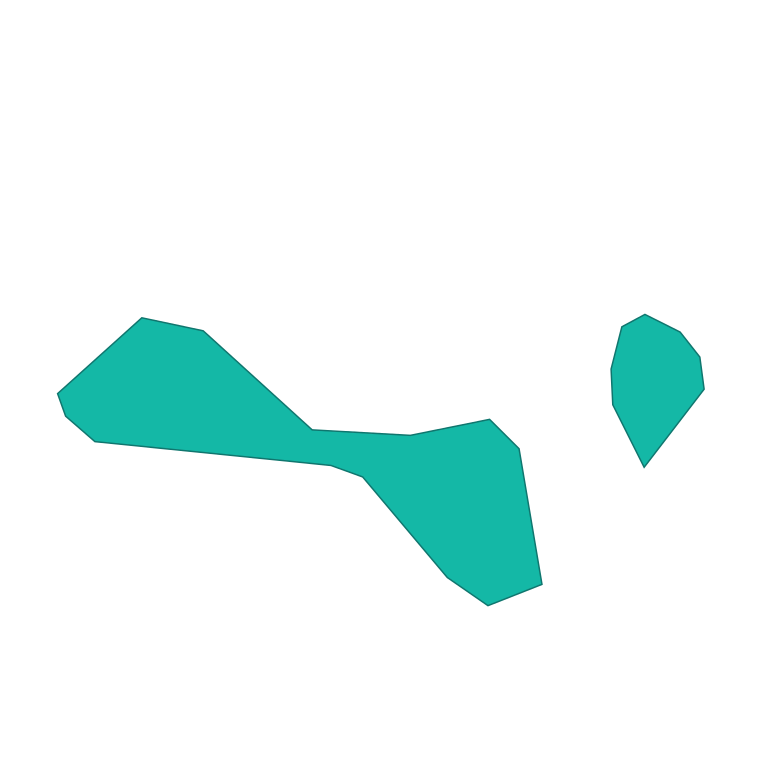 Saint Pierre and Miquelon, Equal Earth projection, rotated 293°
{"feature_id": "SPM", "entity_name": "Saint Pierre and Miquelon", "entity_type": "country or territory", "adm_level": 0, "iso_a3": "SPM", "parent_name": "North America", "parent_adm1": "", "projection": "equal_earth", "projection_center": [-56.267, 46.926], "detail": "fine", "context": "isolated", "style": "filled", "palette": "teal", "viewbox_px": 768, "rotation_deg": 293, "n_neighbors": 0, "source": "natural_earth", "source_scale": "50m", "svg_char_len": 459}
<svg xmlns="http://www.w3.org/2000/svg" viewBox="0 0 768 768"><g transform="rotate(293 384 384)"><path d="M377.2,533.6L261.3,607.7L220.6,566.3L230.6,517.9L290.1,400.7L288.3,367.0L218.0,140.4L230.0,103.5L247.6,87.3L350.3,135.2L362.3,196.8L313.7,335.8L347.0,428.3L392.7,495.0L377.2,533.6ZM532.2,664.2L504.3,680.7L409.0,656.0L454.3,602.7L486.5,587.2L529.6,580.6L550.0,597.0L547.5,636.3L532.2,664.2Z" fill="#14b8a6" stroke="#0f766e" stroke-width="1.5"/></g></svg>